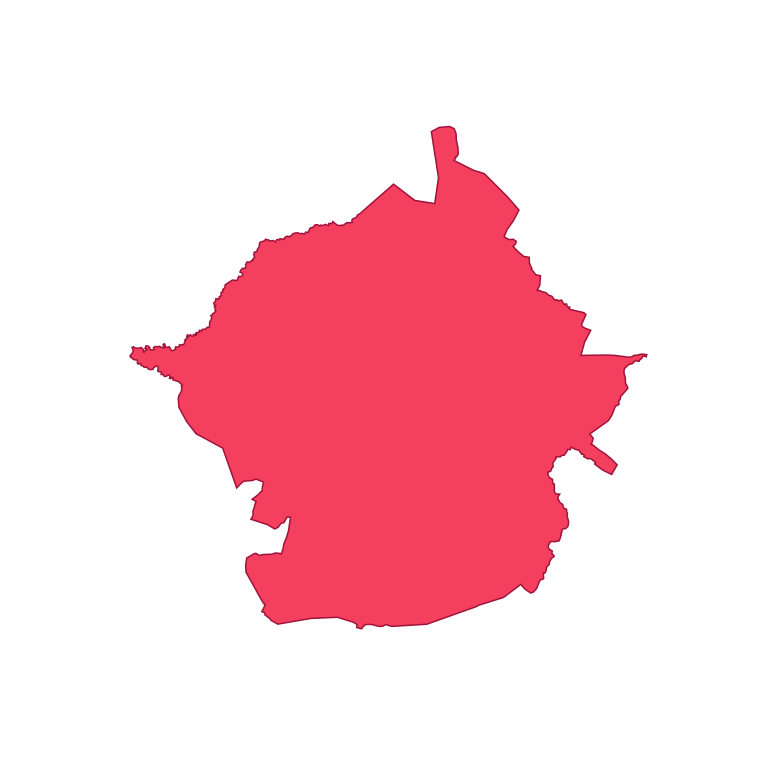 outline of Na Dun, Maha Sarakham, Thailand, rotated 113°
{"feature_id": "78962969B11651744755844", "entity_name": "Na Dun", "entity_type": "district", "adm_level": 2, "iso_a3": "THA", "parent_name": "Thailand", "parent_adm1": "Maha Sarakham", "projection": "natural_earth1", "projection_center": [103.237, 15.719], "detail": "fine", "context": "isolated", "style": "filled", "palette": "rose", "viewbox_px": 768, "rotation_deg": 113, "n_neighbors": 0, "source": "geoboundaries", "source_scale": "gbopen_adm2", "svg_char_len": 6171}
<svg xmlns="http://www.w3.org/2000/svg" viewBox="0 0 768 768"><g transform="rotate(113 384 384)"><path d="M121.4,424.3L126.2,433.4L133.2,439.0L172.9,414.4L198.1,407.8L203.0,427.4L196.3,453.3L236.9,472.9L238.9,474.6L240.2,474.3L241.4,474.7L244.5,477.5L245.7,477.6L247.8,476.3L249.2,479.4L249.8,479.6L249.9,481.3L254.0,483.6L254.5,485.5L255.9,487.4L255.9,489.7L254.5,494.6L256.8,494.5L257.1,496.4L257.9,497.5L259.3,496.8L260.0,497.1L259.9,500.2L261.7,501.8L262.4,504.2L263.5,504.7L263.4,507.1L264.1,509.4L267.7,510.8L268.8,512.4L269.9,513.0L274.2,513.1L274.7,515.4L277.1,515.8L277.2,518.1L278.2,519.2L278.6,522.6L279.8,524.9L281.5,526.8L282.9,526.8L283.9,527.9L285.5,528.2L285.8,528.8L285.4,530.0L286.2,531.5L288.5,532.8L289.9,532.5L290.9,536.5L292.0,536.5L292.4,538.0L293.3,539.2L295.7,539.6L295.2,541.9L297.3,545.6L296.4,546.4L297.0,547.9L296.8,549.4L299.0,550.1L301.6,553.1L302.7,553.7L306.5,552.5L309.8,553.3L311.4,552.4L313.5,555.0L314.7,554.3L315.5,554.7L317.8,552.6L320.7,553.6L321.8,553.1L322.4,554.3L324.8,555.4L324.7,556.8L325.5,558.0L326.7,557.7L328.1,558.2L329.1,557.1L331.4,556.9L331.9,557.9L332.8,558.4L332.9,559.6L336.1,560.4L337.3,560.3L337.4,557.3L339.7,556.7L341.2,558.0L341.6,559.8L345.8,559.7L347.0,561.5L346.9,562.6L347.6,564.2L354.7,569.0L357.5,568.1L359.9,569.3L362.3,568.4L363.4,569.8L366.3,568.4L367.9,569.7L368.7,568.9L369.9,569.9L370.9,569.6L370.9,571.5L371.3,572.1L373.7,571.4L376.1,572.4L377.7,570.9L377.5,569.6L379.5,570.3L380.1,568.7L382.0,568.5L382.7,567.2L387.0,569.4L387.9,569.2L388.7,570.1L390.4,568.4L393.5,568.2L394.6,568.8L399.9,566.9L401.0,569.0L403.3,569.7L404.5,572.3L405.9,573.0L406.5,572.8L406.8,574.9L408.3,574.3L410.4,577.1L411.5,577.1L411.4,575.8L412.4,575.8L412.9,578.8L414.1,578.0L414.7,578.5L415.0,580.5L414.2,581.3L416.2,582.3L415.4,583.2L415.7,584.2L417.2,584.1L417.7,582.9L419.1,583.9L420.2,583.3L421.3,584.6L422.1,583.8L426.3,583.8L426.6,585.5L427.8,586.6L427.8,587.7L429.3,587.2L430.7,588.3L431.2,590.2L432.0,590.4L433.4,589.4L435.8,591.4L436.3,592.4L433.6,596.3L435.1,598.0L435.1,599.8L433.0,601.3L432.8,602.1L434.1,602.7L436.5,600.7L437.3,603.2L437.0,605.3L438.4,607.5L438.9,609.4L440.8,610.4L441.8,609.4L442.9,609.7L443.9,613.1L442.0,613.7L441.2,616.1L441.9,618.0L444.7,617.9L444.5,616.1L445.0,615.5L446.1,616.6L448.5,617.3L448.3,618.0L446.3,618.9L445.2,621.6L447.3,624.5L448.1,627.2L447.6,629.2L448.7,630.2L451.7,627.6L455.4,628.1L456.9,628.9L458.5,627.7L458.3,626.4L459.1,625.1L459.3,623.1L458.3,621.0L459.7,619.5L461.1,619.3L461.7,618.2L460.2,615.6L462.0,614.8L461.5,613.5L462.3,611.5L461.3,609.0L462.3,606.5L462.2,605.0L460.9,602.5L459.3,602.4L456.6,600.9L456.0,599.6L457.0,598.3L460.4,597.4L460.7,596.6L459.9,593.5L462.3,592.9L461.5,591.1L462.7,589.7L462.7,588.6L462.1,587.5L460.2,586.3L459.9,584.9L460.7,584.0L462.6,583.8L462.5,582.5L461.2,582.6L460.6,581.3L460.7,580.3L461.6,580.7L462.7,579.8L462.0,574.2L463.2,571.1L463.4,569.4L465.4,569.6L465.4,569.1L469.5,567.7L474.5,568.2L477.4,567.9L485.6,563.7L495.8,550.8L503.2,537.6L506.0,507.5L537.2,479.0L530.0,476.2L528.1,474.8L524.2,467.4L521.6,464.7L521.3,456.6L527.5,455.4L530.3,454.3L530.9,455.1L535.1,456.6L541.7,460.4L542.1,456.0L552.4,454.9L556.4,453.1L560.5,453.7L559.0,436.4L560.1,427.9L557.3,425.5L553.4,424.6L551.8,423.7L550.8,421.9L544.4,421.3L543.1,418.0L556.4,414.6L562.7,413.8L570.5,413.7L576.3,412.3L580.8,412.4L580.6,413.4L581.9,417.8L584.6,420.9L588.0,428.3L590.5,431.8L589.9,435.7L590.8,437.1L597.8,442.4L605.5,440.3L611.2,437.4L631.7,411.1L632.8,409.4L632.9,408.3L633.5,408.2L633.5,407.1L641.3,407.5L641.2,404.1L643.0,403.5L644.6,397.2L645.6,396.1L646.6,388.0L628.3,359.6L616.9,335.6L615.3,319.6L615.9,314.7L618.8,314.0L618.3,309.8L617.6,308.7L616.4,308.7L613.1,307.4L612.1,305.9L610.3,301.9L609.0,293.5L607.4,290.4L604.8,288.4L604.0,282.0L588.4,250.7L552.4,211.6L550.9,210.7L533.7,190.5L515.0,179.8L517.8,173.9L519.1,167.3L517.2,165.2L512.6,163.6L505.3,163.8L502.8,163.3L501.8,161.6L500.7,161.0L495.9,163.4L495.2,162.1L493.1,161.8L488.9,162.7L485.4,161.4L483.4,162.1L479.2,161.8L476.4,160.0L475.4,160.7L474.7,163.1L471.9,164.0L471.6,166.8L470.5,168.8L467.5,169.8L466.2,169.2L464.9,169.8L463.2,167.6L462.4,164.9L459.7,161.4L453.6,161.9L452.3,162.9L450.9,162.3L448.6,163.3L447.6,162.7L446.0,160.2L443.2,159.1L440.1,159.7L437.9,160.7L434.0,163.9L431.4,164.5L430.1,166.0L428.0,166.9L427.9,167.9L428.6,169.0L427.0,171.1L424.9,172.6L424.8,174.4L423.6,176.8L422.5,177.8L422.4,178.9L419.3,179.7L416.7,179.2L418.0,183.0L416.8,184.9L409.6,188.1L409.4,190.0L405.9,191.6L405.5,195.1L403.5,197.6L401.9,198.1L401.1,198.9L399.3,196.5L395.7,196.6L394.2,195.9L390.7,197.7L385.4,196.5L384.0,197.2L382.0,193.1L380.2,192.4L379.1,190.3L374.5,189.3L372.3,189.4L371.8,187.0L369.1,187.0L369.4,181.5L368.9,180.2L369.0,178.3L371.5,174.5L370.8,173.8L371.4,171.8L372.8,171.7L373.2,166.8L372.1,165.3L372.2,163.2L373.6,158.5L375.3,158.9L375.6,158.0L377.8,149.0L378.3,139.1L367.3,137.8L364.1,145.7L361.9,153.0L360.8,159.7L358.5,168.1L358.4,169.9L356.1,169.6L352.2,170.3L349.5,175.0L330.0,163.1L323.9,162.1L313.8,162.3L312.5,160.7L310.7,159.8L308.5,161.2L305.5,160.6L303.2,161.3L292.7,157.9L290.9,159.3L288.8,162.1L283.9,164.3L280.4,167.2L277.7,168.4L275.6,168.6L270.6,166.4L268.1,163.3L263.9,161.6L264.0,159.3L263.3,158.0L262.7,158.3L259.7,156.8L257.4,156.7L256.8,156.0L256.5,153.2L254.3,153.6L255.4,157.6L256.5,159.6L258.7,162.4L259.9,165.1L262.1,166.4L263.7,169.1L267.6,183.0L270.4,190.5L280.7,213.9L267.4,215.7L253.8,214.7L254.1,221.0L253.6,224.0L252.2,225.4L241.3,225.2L240.4,227.1L240.4,229.2L242.7,241.9L242.1,243.2L240.7,243.0L241.2,244.7L241.0,245.9L239.0,247.1L239.6,248.6L240.3,248.9L240.3,249.7L237.4,253.3L239.3,256.4L238.9,257.7L239.7,258.2L239.4,260.9L237.6,263.8L237.9,267.5L236.6,270.7L237.3,275.0L237.0,276.7L238.0,279.6L232.2,279.2L223.2,282.3L224.1,287.0L220.7,293.2L220.1,293.0L215.8,297.4L210.6,299.8L212.0,305.1L209.8,312.1L206.9,319.0L203.5,317.6L201.0,318.1L200.3,321.7L202.3,325.5L201.5,331.0L193.4,331.0L183.3,328.7L171.2,327.7L163.5,343.4L151.2,373.8L152.3,385.6L150.9,406.9L148.6,406.4L147.2,407.0L146.8,406.0L143.2,405.5L137.0,408.6L131.3,412.7L125.5,415.4L121.5,419.2L121.4,424.3Z" fill="#f43f5e" stroke="#9f1239" stroke-width="1.5"/></g></svg>